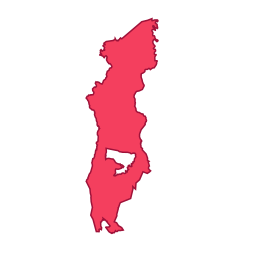 Ixtlán de Juárez, Oaxaca, Mexico (Equal Earth projection), rotated 335°
{"feature_id": "50627088B17775839910325", "entity_name": "Ixtlán de Juárez", "entity_type": "district", "adm_level": 2, "iso_a3": "MEX", "parent_name": "Mexico", "parent_adm1": "Oaxaca", "projection": "equal_earth", "projection_center": [-96.312, 17.477], "detail": "fine", "context": "isolated", "style": "filled", "palette": "rose", "viewbox_px": 256, "rotation_deg": 335, "n_neighbors": 0, "source": "geoboundaries", "source_scale": "gbopen_adm2", "svg_char_len": 5817}
<svg xmlns="http://www.w3.org/2000/svg" viewBox="0 0 256 256"><g transform="rotate(335 128 128)"><path d="M142.0,41.0L142.5,42.3L142.4,42.8L141.3,42.4L140.2,42.8L140.1,43.6L140.5,44.0L140.8,45.2L140.0,45.9L139.8,46.5L139.9,47.4L139.5,47.6L138.7,47.0L137.4,47.5L137.0,47.0L136.7,45.6L135.7,46.0L135.6,46.9L134.7,48.1L135.2,49.7L133.7,49.5L133.3,49.9L133.4,50.2L134.5,50.7L135.0,51.7L135.7,52.3L136.1,54.2L136.4,54.3L137.0,53.5L138.2,53.2L138.7,53.3L139.1,55.0L138.1,55.7L138.2,56.3L137.3,57.1L137.4,59.7L137.8,60.7L137.8,61.5L138.6,62.2L139.0,62.2L139.4,63.6L139.4,65.2L139.2,65.8L138.1,66.4L137.2,66.0L136.0,66.6L135.1,67.6L133.1,67.9L133.0,68.2L131.0,70.3L130.7,72.1L130.2,72.8L129.3,73.0L128.4,74.1L126.0,74.6L125.3,75.2L124.7,76.0L123.0,77.2L121.6,75.8L121.2,74.6L120.5,74.2L120.2,73.5L119.0,73.2L118.5,72.6L117.3,73.6L117.4,76.0L116.8,77.1L115.5,77.3L115.4,76.9L114.8,76.7L112.4,77.6L111.8,79.3L112.2,81.1L111.7,82.0L110.4,83.1L108.4,82.2L108.2,82.5L106.2,81.5L105.4,82.2L104.4,82.0L102.8,83.1L102.7,83.6L103.3,84.9L103.2,86.1L103.5,87.1L102.7,90.6L102.8,91.4L102.0,92.6L101.9,93.1L102.1,94.4L103.0,95.7L103.0,96.4L104.5,97.3L104.7,98.9L104.4,99.3L104.4,100.5L103.8,100.9L103.3,101.8L103.0,104.5L103.2,106.0L102.4,108.2L102.5,109.8L101.3,112.2L101.4,113.7L101.7,114.0L102.0,113.8L102.2,114.5L101.9,115.4L102.0,116.2L101.5,116.1L101.3,116.9L99.8,117.8L98.4,119.1L97.6,120.7L97.4,121.4L97.7,122.0L97.4,123.3L95.7,126.3L95.6,127.0L95.1,127.1L94.6,127.7L93.5,127.6L92.8,128.5L92.9,129.2L92.8,130.0L93.1,130.5L92.5,130.8L92.1,131.6L91.8,131.7L91.3,133.1L90.7,133.4L90.6,134.0L90.3,134.0L90.2,134.6L89.4,134.5L89.1,134.8L87.4,137.5L86.3,138.2L85.9,139.4L84.6,140.7L84.1,141.0L83.2,140.9L83.0,141.5L82.2,142.0L81.5,143.3L80.8,143.8L80.5,144.5L80.2,146.2L79.7,147.4L75.8,151.9L74.4,153.0L73.8,153.2L72.4,154.4L71.8,155.3L70.9,155.8L70.2,157.1L69.2,157.3L68.4,157.8L67.9,158.8L67.6,158.8L67.8,167.0L66.3,171.3L65.8,174.0L65.1,175.1L63.5,179.2L62.2,184.9L57.4,191.3L57.7,196.1L55.5,208.5L58.0,209.7L58.5,209.0L58.7,207.9L59.3,207.6L60.0,207.8L60.9,208.9L62.0,207.2L61.8,205.6L63.4,201.8L63.7,202.0L64.5,201.7L66.1,200.5L67.0,201.2L67.3,199.4L68.7,202.0L69.0,203.6L69.6,203.8L69.3,204.6L70.4,209.2L68.9,209.7L66.1,208.5L65.8,208.8L66.0,209.1L66.9,213.9L67.9,215.5L68.3,215.7L68.5,216.4L69.2,216.3L69.6,216.8L70.1,216.4L71.3,217.1L73.0,216.0L73.0,216.4L74.4,217.2L75.9,216.8L78.2,217.9L79.7,218.0L79.9,218.4L80.6,218.5L80.2,215.6L78.7,213.3L78.1,212.7L77.6,209.0L75.9,207.2L80.8,202.9L81.3,201.5L85.0,197.1L85.5,196.0L86.1,195.8L88.9,192.8L89.7,192.4L100.6,193.0L106.8,185.2L107.6,183.2L109.0,186.6L112.0,181.2L116.6,179.8L123.1,174.0L126.3,177.3L129.0,176.9L130.4,176.4L129.6,174.6L129.5,173.7L129.4,173.6L130.1,172.2L130.8,171.6L131.3,171.5L132.0,167.3L133.0,167.1L132.0,165.6L133.0,163.5L133.4,159.2L131.7,153.9L132.4,152.8L131.7,150.8L132.4,149.0L132.6,147.6L133.5,147.1L133.6,146.8L133.5,146.4L133.8,146.3L134.3,145.6L134.7,145.8L135.0,145.2L134.5,143.1L134.7,140.9L135.9,138.4L139.2,135.1L145.0,132.2L145.2,131.3L145.9,130.8L146.6,129.9L147.3,129.8L148.0,128.9L148.2,126.9L148.6,126.3L148.5,124.5L147.9,124.3L147.4,123.4L147.4,121.5L146.4,121.1L144.5,118.4L143.8,118.2L143.4,117.8L142.8,116.6L142.7,115.5L143.3,113.9L143.4,111.9L143.2,111.0L144.2,110.1L144.8,108.6L145.3,108.4L145.5,107.0L146.6,104.8L146.5,102.4L147.9,100.4L148.7,100.1L150.1,98.9L151.5,98.5L153.9,99.1L157.3,99.1L160.1,96.9L160.7,96.0L160.5,94.9L160.6,92.3L161.1,90.3L161.4,87.4L162.7,84.8L163.1,84.4L164.9,84.5L166.8,84.1L167.4,83.6L167.7,82.7L168.5,82.3L170.5,83.1L172.2,82.8L172.6,83.3L172.9,84.5L175.6,84.0L177.2,84.5L180.2,82.7L181.2,81.7L181.5,80.8L182.7,79.7L182.7,79.3L180.9,78.4L182.0,75.5L182.7,74.6L184.4,73.6L184.4,73.3L183.4,72.8L183.1,72.1L183.6,71.1L184.4,70.3L185.5,69.9L185.9,69.0L185.9,68.3L185.0,67.7L184.7,66.7L187.1,65.3L187.1,64.9L186.7,63.8L186.5,62.1L186.8,60.4L188.0,59.1L189.0,58.7L190.0,60.0L190.3,60.9L190.4,61.7L191.3,62.0L192.1,61.5L192.0,60.7L190.7,59.8L190.5,57.5L190.9,56.4L190.8,55.6L189.6,54.9L189.9,53.5L190.9,52.2L190.7,50.0L191.1,49.4L192.3,49.1L194.1,50.9L194.4,50.4L194.4,49.8L193.3,46.9L193.5,46.2L194.0,45.9L194.6,46.5L194.7,48.4L195.9,49.2L196.6,50.2L196.9,50.1L197.4,49.2L197.5,47.7L197.9,47.2L198.1,46.3L197.2,44.8L197.2,44.3L197.7,43.6L198.5,43.3L199.6,44.1L200.4,43.6L200.5,43.0L200.0,42.2L199.4,42.2L198.1,41.4L195.2,41.0L195.2,40.4L195.9,39.0L191.4,38.7L185.4,37.5L160.1,44.5L159.3,43.3L159.0,43.6L158.4,43.5L157.5,44.2L156.5,44.2L156.3,44.5L156.0,44.3L155.8,44.7L155.0,44.4L154.5,43.8L154.3,43.0L154.2,41.4L153.6,42.3L151.8,42.3L151.7,42.5L144.8,40.4L142.0,41.0ZM99.6,137.2L109.5,144.4L110.2,145.8L112.9,147.7L117.4,149.9L119.3,151.4L119.7,152.4L120.3,152.8L122.2,152.9L122.6,153.4L123.4,153.6L123.7,154.1L123.6,154.9L123.8,155.1L123.1,156.3L122.9,157.3L122.2,158.0L121.2,158.3L119.8,160.2L119.7,160.8L119.0,161.1L118.2,160.8L118.0,161.0L117.9,161.7L117.3,162.1L116.8,162.0L116.4,162.3L116.0,161.8L115.4,162.7L115.5,163.8L115.2,164.4L114.4,164.3L113.7,163.5L113.5,162.3L112.5,162.2L112.2,163.2L111.5,163.4L111.0,163.3L110.7,163.5L110.6,164.7L110.9,165.9L109.6,166.0L108.8,167.3L107.7,165.8L107.4,166.4L107.6,167.2L107.1,167.8L105.9,167.9L104.9,166.9L104.0,166.5L103.5,166.4L102.9,166.8L102.5,166.6L102.0,166.9L100.6,166.1L99.8,166.2L99.2,165.6L98.7,165.5L97.9,166.0L97.2,165.7L96.6,166.1L95.3,165.5L95.1,165.2L95.6,164.7L97.9,163.6L98.0,162.6L98.8,160.8L99.8,160.0L101.6,161.2L103.1,161.5L105.0,161.7L105.5,160.5L105.9,160.6L106.7,161.8L107.9,161.2L107.5,159.9L106.9,158.9L106.2,158.4L105.7,158.7L105.4,158.6L105.7,157.3L104.5,156.8L103.2,155.6L102.4,154.5L101.9,152.7L102.0,151.8L101.3,149.7L101.0,149.8L97.8,147.4L96.0,146.8L94.5,147.1L95.1,145.3L95.4,145.1L95.5,144.2L95.7,143.8L96.2,143.9L96.6,143.2L96.5,142.4L98.2,140.7L99.6,137.2Z" fill="#f43f5e" stroke="#9f1239" stroke-width="1.5"/></g></svg>